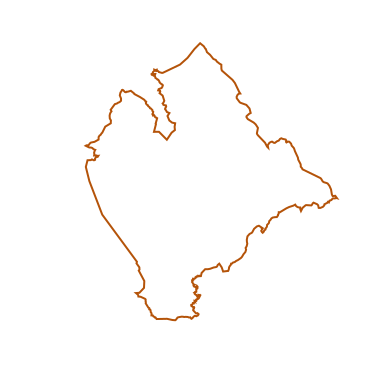 Hohoe Municipal, Volta, Ghana, rotated 308°
{"feature_id": "2480657B20464126159243", "entity_name": "Hohoe Municipal", "entity_type": "district", "adm_level": 2, "iso_a3": "GHA", "parent_name": "Ghana", "parent_adm1": "Volta", "projection": "orthographic", "projection_center": [0.486, 7.154], "detail": "fine", "context": "isolated", "style": "outline", "palette": "amber", "viewbox_px": 384, "rotation_deg": 308, "n_neighbors": 0, "source": "geoboundaries", "source_scale": "gbopen_adm2", "svg_char_len": 6012}
<svg xmlns="http://www.w3.org/2000/svg" viewBox="0 0 384 384"><g transform="rotate(308 192 192)"><path d="M190.1,83.4L183.4,84.8L182.7,84.6L180.7,84.8L179.6,84.4L177.8,84.6L175.8,86.1L171.5,84.3L168.7,81.9L167.5,81.6L165.2,81.7L163.8,80.1L163.0,79.8L163.8,83.6L165.0,85.3L165.3,86.5L165.1,87.9L165.6,89.8L165.0,89.8L162.6,90.7L161.7,91.8L160.5,92.4L161.8,93.9L162.4,95.5L162.8,95.9L161.6,96.0L160.5,94.9L158.7,95.0L157.7,95.8L157.1,95.6L156.5,95.0L156.1,93.1L154.9,92.7L152.7,90.1L146.4,92.9L137.4,104.4L118.9,135.2L103.1,191.6L101.6,192.2L100.2,196.9L98.5,198.4L97.3,198.4L92.5,209.2L86.9,213.2L80.2,212.6L77.9,210.1L77.8,212.5L77.5,213.2L76.6,214.1L77.8,216.0L78.9,220.7L78.8,221.6L77.2,222.8L76.9,223.4L75.8,224.0L74.0,228.8L74.2,229.8L74.0,230.2L73.2,230.6L73.5,231.7L73.3,232.1L71.9,233.5L71.7,234.4L71.2,235.1L69.8,236.0L70.6,237.1L70.2,238.1L70.4,238.8L70.2,240.0L70.7,240.4L70.1,242.3L76.7,250.4L79.1,255.4L80.6,257.7L81.6,258.0L84.2,257.9L85.4,258.8L87.5,260.7L88.4,262.1L88.6,262.7L89.6,263.7L90.9,265.6L91.3,267.0L92.2,267.8L91.7,269.3L91.8,269.7L93.1,270.0L94.7,270.0L96.1,270.4L96.4,270.6L96.7,271.8L98.2,272.6L99.2,272.6L99.8,272.4L99.9,270.9L99.1,270.3L98.9,269.5L99.5,265.8L100.5,265.1L100.9,265.0L101.3,265.3L102.4,264.8L102.6,264.3L101.9,263.4L101.9,261.5L102.6,261.5L102.8,261.1L103.1,261.4L104.1,261.5L104.7,261.2L105.2,261.8L105.4,261.4L105.8,261.8L106.6,261.8L107.4,261.2L107.4,261.8L107.7,261.4L108.2,261.9L108.3,261.3L108.8,261.4L109.0,261.8L109.9,261.6L110.1,261.8L109.6,261.8L109.7,262.1L110.4,262.2L111.5,261.8L111.3,262.3L111.5,262.6L112.4,262.8L115.8,262.1L115.8,261.9L115.1,261.9L115.3,261.2L114.9,260.4L114.1,261.1L113.2,260.5L113.0,260.2L113.5,258.6L113.3,257.9L113.4,256.9L113.5,256.6L114.2,256.4L114.2,255.9L114.6,256.1L115.0,256.0L115.3,256.6L116.1,256.8L116.8,256.1L117.8,255.6L117.8,255.3L118.0,255.1L119.4,255.6L120.8,254.7L121.0,253.7L119.8,254.0L119.3,253.9L119.2,253.4L119.6,253.1L118.8,252.0L119.1,250.9L119.5,250.5L120.4,250.8L120.2,250.2L121.1,247.5L121.5,247.5L122.4,246.5L122.9,247.1L124.0,246.4L124.2,246.8L124.5,246.5L124.8,247.1L125.5,247.5L126.3,247.6L126.9,247.2L127.2,247.3L127.1,247.8L127.3,247.9L127.9,247.5L128.7,247.8L128.8,248.4L129.2,248.7L129.7,248.5L129.8,249.1L130.4,249.3L130.3,249.8L131.2,250.8L134.1,249.4L139.3,249.9L141.0,252.1L142.7,253.6L145.8,255.5L147.7,257.2L148.7,257.6L150.3,257.2L152.3,257.6L150.9,261.8L148.5,265.5L152.1,269.1L154.0,268.5L155.1,267.8L156.3,267.4L158.6,267.4L159.6,266.9L160.3,267.6L161.6,267.7L163.1,268.8L164.8,269.2L166.6,270.1L170.2,271.2L171.8,271.3L174.6,270.9L177.6,271.0L179.9,270.1L180.9,268.7L182.8,268.5L185.3,267.4L186.5,266.0L188.1,264.6L191.2,263.0L194.4,263.2L196.3,264.1L197.2,264.3L201.2,263.6L204.8,264.3L206.6,265.5L206.9,269.2L206.6,268.9L206.2,269.3L206.1,270.2L204.0,270.5L203.5,271.7L203.4,272.8L204.9,273.0L206.1,272.6L207.7,273.0L208.7,272.4L210.0,272.5L211.1,272.2L212.4,271.4L214.4,271.7L215.1,271.6L216.6,270.8L218.7,271.0L219.9,270.8L221.5,271.3L223.1,272.7L224.5,274.3L226.5,274.2L226.9,273.8L228.4,273.6L229.5,272.8L230.1,273.7L237.2,276.4L240.0,277.8L243.7,280.3L245.6,281.1L245.0,282.8L245.1,284.5L245.9,286.2L246.4,286.8L245.0,288.1L244.1,289.6L247.7,288.9L251.5,289.7L252.0,290.1L254.9,294.3L255.9,294.4L257.4,294.1L258.4,294.3L259.4,298.1L259.2,299.6L257.5,301.6L258.4,302.9L260.9,304.3L262.9,304.5L263.8,303.9L266.8,305.3L268.1,305.1L268.5,305.5L268.3,306.2L270.0,305.8L271.5,306.8L273.1,306.8L273.8,307.1L275.1,308.7L276.2,309.5L276.4,310.0L277.2,307.2L275.4,305.4L275.6,304.8L276.2,303.7L279.6,300.0L281.5,296.4L282.2,293.7L282.0,292.7L280.9,289.9L280.8,288.5L282.0,285.4L282.0,284.5L277.9,265.1L278.4,264.3L278.9,262.1L280.3,261.0L280.9,260.2L282.9,255.8L284.3,254.3L287.6,247.9L288.9,246.0L289.4,245.0L289.9,242.0L291.1,240.3L291.5,237.7L290.9,236.7L289.2,235.9L289.4,235.2L290.6,234.6L291.0,233.5L289.7,230.8L289.3,229.3L288.0,228.7L285.9,228.7L284.4,227.8L281.8,227.1L281.3,226.5L281.1,225.8L281.0,224.1L280.4,223.6L278.5,222.7L275.4,222.9L273.8,224.7L274.0,223.2L275.8,219.2L277.3,209.0L277.7,207.7L278.2,207.0L283.1,204.5L284.0,202.0L284.5,200.5L284.7,197.9L283.8,191.1L284.4,189.1L284.7,188.6L285.5,188.3L288.7,188.9L290.4,189.6L293.2,185.9L294.1,181.2L292.2,175.4L292.1,174.4L293.4,169.6L294.4,168.6L296.4,168.1L298.2,168.3L299.3,169.4L300.0,167.4L304.3,158.7L305.3,154.9L306.1,140.7L307.2,139.3L310.4,136.7L310.1,134.7L310.1,131.2L310.7,129.5L310.0,126.9L311.2,121.9L311.4,117.7L313.2,114.8L313.1,114.3L314.1,111.6L314.2,106.8L306.1,105.9L294.9,105.9L285.0,104.1L268.1,95.7L267.4,95.1L266.1,92.0L266.4,91.5L266.3,90.4L265.3,89.3L265.4,89.2L266.5,89.3L266.7,89.0L265.9,88.8L265.2,86.9L264.4,87.7L262.6,87.4L261.3,87.9L260.0,87.5L259.6,88.1L260.1,89.2L260.0,90.0L260.7,90.2L261.6,89.5L262.4,90.4L260.7,91.0L260.1,92.1L259.4,92.8L259.5,94.8L259.3,95.7L259.7,96.3L259.0,98.3L258.6,98.6L258.3,99.5L258.2,101.7L258.4,102.2L258.2,102.5L258.2,103.3L256.6,103.9L255.2,104.0L252.5,102.4L251.3,102.8L252.2,104.2L251.3,103.6L252.0,104.6L251.4,105.3L249.9,105.6L249.9,109.5L246.8,114.0L244.7,114.5L243.7,114.4L243.6,115.0L243.1,115.7L243.3,116.6L244.2,118.1L243.5,119.0L242.1,119.4L241.5,119.3L240.7,119.8L240.3,121.4L239.6,122.9L240.3,125.6L236.8,125.9L234.4,130.1L234.4,133.6L235.8,136.4L232.6,138.2L230.3,140.4L226.2,139.4L217.7,140.0L219.1,128.9L216.0,125.0L223.3,121.8L223.4,121.3L228.7,119.1L228.7,118.1L228.3,117.5L228.4,116.5L228.6,116.0L229.1,115.5L229.2,114.6L228.6,114.3L229.0,114.0L228.6,113.6L229.0,112.8L229.7,112.8L231.3,112.1L231.5,110.9L232.2,110.3L232.5,107.9L232.2,107.4L232.7,106.3L232.7,104.5L233.2,103.8L233.0,102.6L233.4,101.2L234.0,100.6L234.4,100.6L235.0,100.3L234.9,98.9L235.3,97.7L234.8,92.4L233.7,86.3L234.0,86.0L234.1,81.5L231.3,79.5L231.0,78.9L229.9,78.5L229.5,77.5L229.9,75.1L229.7,74.3L229.2,74.0L228.1,74.3L226.3,74.4L223.7,75.6L222.0,78.5L220.2,79.9L218.3,79.6L216.7,78.7L215.6,78.4L213.7,77.1L206.7,77.3L206.0,78.9L204.5,78.9L203.0,79.3L201.4,80.1L199.3,82.0L198.5,84.0L196.1,85.7L190.1,83.4Z" fill="none" stroke="#b45309" stroke-width="2"/></g></svg>